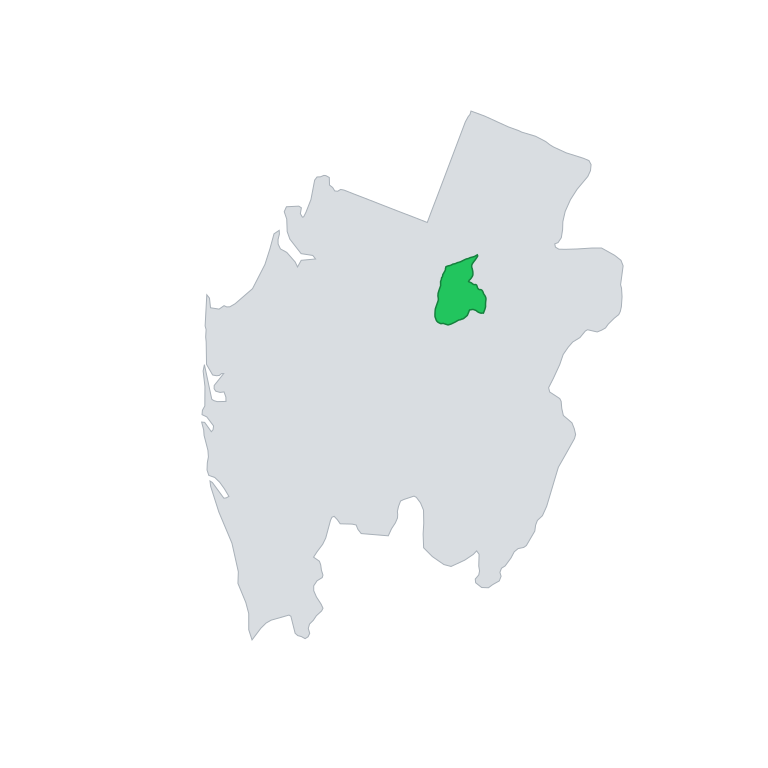 Mvoung, Ogooué-Ivindo, Gabon shown in context, rotated 21°
{"feature_id": "22940354B15845982668686", "entity_name": "Mvoung", "entity_type": "district", "adm_level": 2, "iso_a3": "GAB", "parent_name": "Gabon", "parent_adm1": "Ogooué-Ivindo", "projection": "equal_earth", "projection_center": [12.149, 0.446], "detail": "fine", "context": "in_parent", "style": "filled", "palette": "green", "viewbox_px": 768, "rotation_deg": 21, "n_neighbors": 0, "source": "geoboundaries", "source_scale": "gbopen_adm2", "svg_char_len": 5325}
<svg xmlns="http://www.w3.org/2000/svg" viewBox="0 0 768 768"><g transform="rotate(21 384 384)"><path d="M500.3,110.8L499.9,117.2L494.5,133.0L492.0,145.1L491.3,158.0L492.8,168.4L495.4,175.8L497.1,183.9L495.8,189.6L493.2,192.0L495.0,194.8L499.0,195.5L505.7,193.0L516.0,188.7L529.5,182.5L538.4,179.1L553.1,181.2L560.9,183.6L564.9,188.0L569.3,206.6L571.4,209.4L575.0,217.3L577.9,226.8L578.6,231.6L578.3,235.0L575.3,240.2L571.9,247.7L570.7,252.3L567.9,255.7L564.4,259.0L554.6,260.4L553.0,262.3L550.3,270.4L545.1,277.2L542.8,283.6L540.7,292.2L541.1,302.8L540.1,318.1L539.0,328.5L541.6,332.1L553.3,334.6L555.6,336.7L558.7,343.1L562.7,349.1L573.4,352.9L577.6,357.5L581.0,362.5L581.4,366.7L579.0,383.3L576.6,399.2L577.5,411.4L578.4,423.0L579.7,439.9L579.1,450.2L576.1,456.4L576.1,461.4L577.5,467.3L574.8,483.8L573.0,486.5L568.2,489.6L565.7,494.0L564.9,500.9L562.3,510.4L559.7,513.9L559.7,518.3L562.2,521.5L562.2,526.5L557.4,532.3L554.5,536.8L548.1,539.0L540.8,536.7L539.1,533.4L540.9,528.3L540.2,524.3L537.7,520.0L533.8,508.9L530.3,506.6L528.4,511.1L522.5,519.5L512.0,530.3L504.6,531.1L491.0,527.8L479.7,522.7L474.3,510.1L471.0,499.7L466.1,487.6L460.7,481.9L454.8,478.2L452.2,477.9L443.9,484.7L441.4,487.3L441.4,493.0L442.2,498.3L443.5,500.8L444.6,504.2L444.4,509.5L442.9,516.5L442.4,524.2L416.3,531.8L411.8,529.1L408.5,525.6L404.5,526.2L393.2,530.2L389.1,527.4L384.9,525.4L383.1,527.1L382.9,530.4L384.8,548.7L384.2,555.6L381.6,564.7L380.3,570.9L387.2,572.6L389.7,575.5L392.2,580.1L395.5,584.3L395.7,586.9L392.0,591.7L390.7,597.6L392.5,602.2L397.2,607.0L404.1,612.0L407.4,615.2L407.1,618.2L403.9,624.6L402.7,629.9L400.5,634.8L400.9,639.3L404.0,643.4L403.7,647.2L401.6,650.0L397.3,649.4L393.7,649.8L390.4,648.6L380.3,634.2L378.1,633.8L363.3,644.9L359.6,649.4L356.6,656.0L352.5,670.2L345.8,661.9L340.0,646.8L333.3,637.5L319.1,622.5L315.3,611.5L299.1,587.1L275.7,562.7L258.8,541.6L256.3,536.9L259.1,537.5L275.4,548.0L277.6,546.8L279.5,544.5L272.5,539.0L265.8,534.6L259.5,531.9L253.2,532.1L249.6,527.7L247.3,520.9L246.2,515.0L243.4,509.0L234.4,496.4L232.2,491.6L227.4,484.9L230.3,484.1L239.9,490.4L240.8,487.9L239.9,484.2L230.3,478.2L225.1,477.8L223.9,473.6L224.6,468.7L217.7,450.4L210.5,436.7L209.4,430.3L228.7,460.0L231.3,460.5L234.7,460.2L242.7,456.9L241.1,452.9L237.5,448.7L234.0,450.6L229.5,451.0L227.1,449.3L226.0,446.2L230.6,431.7L228.6,432.5L227.2,435.0L224.7,436.3L220.8,437.0L211.3,429.3L202.9,408.4L200.7,404.1L198.4,396.9L196.2,393.9L186.6,364.2L190.3,366.4L194.7,375.0L203.2,373.2L206.6,368.2L209.5,368.4L212.4,367.2L216.2,362.5L227.1,342.1L230.0,315.1L229.1,299.1L227.5,283.2L231.1,278.1L232.6,281.5L233.3,287.1L235.0,291.3L238.9,295.0L246.1,296.0L257.3,301.9L261.3,305.7L262.4,298.2L275.3,291.8L271.4,289.5L259.9,292.0L244.2,282.5L239.0,276.4L234.1,264.9L229.1,258.9L229.4,253.5L240.7,248.5L243.7,249.1L244.9,255.0L248.0,257.5L249.1,256.7L249.6,251.6L249.7,238.0L246.2,218.5L247.3,214.7L250.4,213.4L253.1,210.8L255.0,210.3L258.9,210.8L260.8,215.3L261.8,217.8L265.7,219.0L268.8,221.4L271.6,220.7L273.8,217.9L277.2,217.3L287.4,217.4L296.8,217.4L315.3,217.5L333.9,217.6L352.5,217.6L366.5,217.7L366.4,206.6L366.4,189.4L366.3,169.0L366.2,149.5L366.1,131.5L366.0,110.2L366.8,104.1L367.7,101.6L367.4,98.0L381.8,97.8L407.8,99.4L419.1,99.2L422.4,99.5L436.6,98.4L448.1,99.7L453.0,101.2L457.4,102.0L471.2,102.9L489.2,101.8L495.3,102.0L498.7,105.0L500.3,110.8Z" fill="#d9dde1" stroke="#a8b0b8" stroke-width="1"/><path d="M424.8,230.0L424.2,230.7L423.3,231.9L422.4,232.8L421.1,233.8L419.2,235.1L417.8,236.6L416.9,237.2L416.1,237.7L414.6,239.2L411.7,242.4L410.1,243.7L409.0,244.4L408.1,245.4L407.4,246.1L406.3,246.8L405.2,247.5L404.2,248.8L402.9,249.9L401.6,250.7L400.3,251.8L399.8,252.4L399.9,253.0L400.0,254.2L400.3,254.9L400.4,255.8L400.3,257.0L400.1,258.1L400.0,259.2L399.8,260.0L399.7,260.8L399.8,261.4L400.0,262.1L400.1,262.8L400.0,263.4L399.7,264.0L399.8,264.8L400.0,265.4L400.1,266.2L400.1,267.5L400.1,267.8L400.2,268.5L400.6,269.2L401.0,270.4L401.6,271.7L401.7,273.4L401.7,275.1L401.8,276.4L401.8,277.3L401.9,278.5L402.0,279.9L402.4,281.2L402.8,282.5L403.7,284.0L404.3,285.2L404.7,286.6L404.9,293.1L405.0,295.4L405.5,297.3L406.3,299.8L406.8,301.2L407.5,302.9L408.8,304.4L410.0,305.8L411.0,306.5L412.2,307.0L413.7,307.2L415.5,307.3L416.6,306.7L417.5,306.2L419.4,306.1L421.4,306.0L422.6,305.9L423.7,305.1L425.1,304.0L428.4,300.5L430.8,297.5L431.7,297.0L432.7,296.3L433.3,295.4L434.1,295.2L435.0,294.1L436.8,290.9L437.2,290.0L437.3,286.7L437.3,284.9L437.4,284.1L438.5,283.6L439.0,283.2L440.3,282.5L441.3,282.4L443.5,282.4L444.4,282.6L444.9,282.9L446.5,283.2L448.2,283.2L449.3,283.1L450.4,282.5L451.4,282.2L451.4,278.2L451.2,276.0L451.0,275.1L450.4,273.7L449.8,272.0L449.2,269.9L449.0,268.9L448.5,267.6L447.8,266.5L447.2,266.0L446.4,265.2L445.5,264.7L444.5,263.9L443.8,263.0L442.8,262.0L441.6,261.3L440.7,261.2L439.9,261.4L439.3,261.7L438.3,261.6L437.2,261.0L436.4,260.1L435.7,259.2L435.0,258.5L434.1,258.3L433.6,258.4L432.7,258.9L432.1,259.0L430.5,258.7L429.6,258.3L428.2,258.2L426.3,258.1L426.4,256.5L427.0,255.3L427.4,254.2L427.6,253.2L427.9,251.9L427.9,250.4L427.3,248.7L426.6,247.2L425.8,245.9L424.8,244.4L424.1,243.7L423.6,242.5L423.3,241.5L423.4,240.0L423.8,238.4L424.2,236.9L424.6,235.7L425.0,234.0L425.3,232.8L425.5,231.7L425.6,230.9L425.2,230.4L424.8,230.0Z" fill="#22c55e" stroke="#15803d" stroke-width="1.5"/></g></svg>